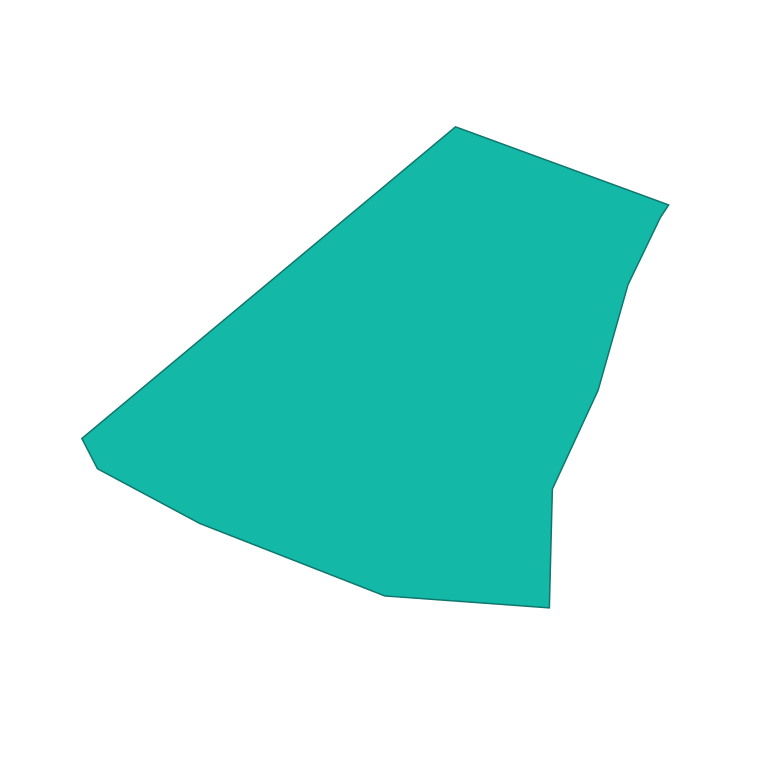 24, Ad Dawhah, Qatar (Albers equal-area conic projection), rotated 352°
{"feature_id": "91078587B3857116379359", "entity_name": "24", "entity_type": "district", "adm_level": 2, "iso_a3": "QAT", "parent_name": "Qatar", "parent_adm1": "Ad Dawhah", "projection": "albers", "projection_center": [51.519, 25.27], "detail": "fine", "context": "isolated", "style": "filled", "palette": "teal", "viewbox_px": 768, "rotation_deg": 352, "n_neighbors": 0, "source": "geoboundaries", "source_scale": "gbopen_adm2", "svg_char_len": 358}
<svg xmlns="http://www.w3.org/2000/svg" viewBox="0 0 768 768"><g transform="rotate(352 384 384)"><path d="M77.2,395.9L88.5,428.1L182.3,496.6L355.3,594.0L511.9,627.7L516.0,628.6L516.6,628.7L536.1,511.5L595.1,420.1L639.4,319.7L680.7,257.8L690.8,246.3L490.6,139.3L79.6,394.4L78.9,394.8L77.2,395.9Z" fill="#14b8a6" stroke="#0f766e" stroke-width="1.5"/></g></svg>